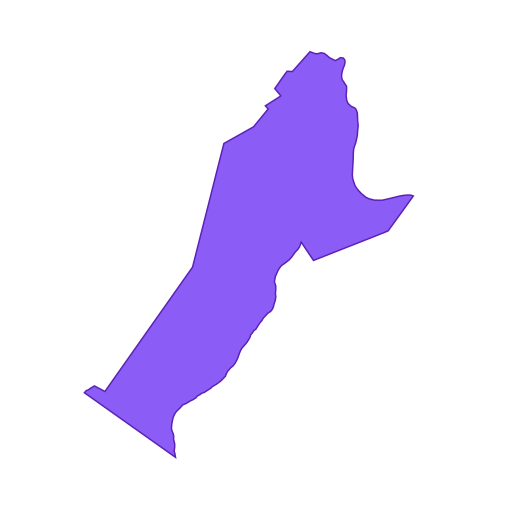 Caracol, Piauí, Brazil, rotated 216°
{"feature_id": "56859067B86745951725371", "entity_name": "Caracol", "entity_type": "district", "adm_level": 2, "iso_a3": "BRA", "parent_name": "Brazil", "parent_adm1": "Piauí", "projection": "natural_earth1", "projection_center": [-43.383, -9.076], "detail": "fine", "context": "isolated", "style": "filled", "palette": "violet", "viewbox_px": 512, "rotation_deg": 216, "n_neighbors": 0, "source": "geoboundaries", "source_scale": "gbopen_adm2", "svg_char_len": 2077}
<svg xmlns="http://www.w3.org/2000/svg" viewBox="0 0 512 512"><g transform="rotate(216 256 256)"><path d="M202.8,45.8L205.3,48.3L207.5,50.0L209.3,53.4L211.4,56.3L214.9,59.2L216.5,61.7L218.6,63.6L220.9,65.0L223.1,66.8L225.4,70.6L228.0,76.3L228.9,80.0L229.0,83.7L228.2,87.9L227.9,91.1L227.6,92.8L225.7,95.9L224.1,99.9L222.6,102.6L221.3,105.8L221.1,108.6L219.9,110.8L219.1,113.3L217.6,115.4L214.9,122.4L214.5,124.8L212.8,128.7L211.6,132.2L210.9,134.8L210.1,140.7L210.8,143.4L211.2,145.8L210.8,150.6L210.0,153.4L209.9,156.7L210.3,160.4L210.8,162.8L212.3,167.8L213.0,170.7L213.2,173.7L212.7,178.5L212.6,181.0L212.9,185.8L214.0,189.4L213.7,191.4L214.0,194.1L213.1,196.5L213.4,200.8L213.6,204.6L213.3,207.2L213.6,210.0L212.8,216.7L211.6,219.7L211.5,222.8L212.1,225.2L212.9,227.1L214.4,231.6L216.1,234.8L218.3,237.1L219.8,239.7L222.3,243.3L225.9,245.9L228.2,250.6L229.0,254.0L229.7,257.5L229.9,260.8L229.8,263.0L228.0,268.5L226.9,272.4L226.5,276.3L226.6,280.6L226.5,282.7L226.0,286.0L226.2,289.1L227.6,293.8L206.9,286.2L169.6,344.8L163.9,353.9L163.9,375.8L164.0,397.0L166.2,396.4L169.0,394.6L172.2,391.8L175.5,388.4L182.4,380.2L186.7,375.3L193.0,370.8L198.3,368.7L201.6,368.1L207.0,368.4L210.6,369.0L214.8,370.1L217.7,371.4L223.1,375.3L225.8,378.3L235.3,393.0L238.0,396.8L240.2,400.6L241.8,406.0L243.3,409.6L245.1,413.5L247.0,416.4L250.0,421.6L253.2,425.1L257.9,431.1L259.4,432.2L260.7,433.1L262.3,433.8L263.9,433.7L266.8,433.0L271.0,433.5L273.0,434.5L274.4,435.6L277.3,438.6L280.3,443.6L282.6,446.6L289.8,449.3L291.7,450.8L293.1,452.7L294.2,454.8L295.4,457.8L296.8,462.9L297.9,465.1L299.1,466.6L301.6,467.5L304.3,466.1L305.2,463.6L306.7,460.7L313.2,459.6L315.7,459.9L317.4,460.0L319.9,460.0L321.4,459.3L322.9,458.6L325.0,455.9L327.0,454.5L332.4,453.0L335.0,426.6L339.4,423.8L339.5,419.2L339.2,402.5L330.0,400.1L336.7,383.0L332.6,382.1L333.9,359.0L335.0,356.7L348.1,328.2L343.3,316.1L339.0,305.3L329.4,281.3L327.9,277.6L321.2,260.8L300.8,209.7L298.6,57.6L310.4,55.9L312.0,52.1L313.1,48.9L314.2,47.4L314.5,44.5L202.8,45.8Z" fill="#8b5cf6" stroke="#5b21b6" stroke-width="1.5"/></g></svg>